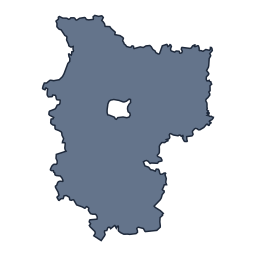 the Region of Minsk
{"feature_id": "BLR-2345", "entity_name": "Minsk", "entity_type": "Region", "adm_level": 1, "iso_a3": "BLR", "parent_name": "Belarus", "parent_adm1": "", "projection": "albers", "projection_center": [27.803, 53.681], "detail": "fine", "context": "isolated", "style": "filled", "palette": "slate", "viewbox_px": 256, "rotation_deg": 0, "n_neighbors": 0, "source": "natural_earth", "source_scale": "10m", "svg_char_len": 5727}
<svg xmlns="http://www.w3.org/2000/svg" viewBox="0 0 256 256"><path d="M94.8,15.4L98.7,16.4L101.4,15.8L102.2,16.1L103.3,17.5L101.8,20.5L103.2,21.8L104.5,23.7L105.1,26.4L109.8,26.6L111.1,28.5L115.1,32.0L115.2,32.6L114.8,34.3L114.9,34.6L120.0,35.6L122.6,37.3L123.4,38.2L122.7,40.8L122.7,41.1L123.7,42.4L124.1,43.8L125.7,45.2L126.6,46.5L129.4,47.3L130.8,47.3L131.8,46.0L132.7,45.9L133.5,46.3L133.8,48.2L134.1,48.6L140.2,46.9L143.3,47.5L146.0,45.9L149.8,45.5L151.2,46.7L152.8,49.4L155.1,51.0L155.8,52.6L158.1,53.9L159.0,54.0L159.6,53.5L162.3,45.8L166.5,44.4L167.0,44.5L167.9,46.6L168.7,46.2L170.0,44.6L170.7,45.0L171.4,46.5L170.6,48.6L170.6,49.3L170.8,50.4L171.4,51.0L174.7,52.1L176.2,51.0L178.7,51.2L179.3,51.4L179.6,52.9L180.2,53.3L181.7,52.8L182.3,51.5L182.3,51.0L181.3,49.4L181.6,47.8L182.0,47.4L190.0,48.4L191.3,47.9L192.6,45.9L194.6,44.9L195.0,45.0L194.4,45.8L194.4,46.4L194.7,46.6L195.3,46.6L197.7,45.7L198.4,45.9L199.1,47.9L199.2,50.3L199.5,50.6L201.1,50.6L203.0,51.3L205.8,49.5L209.4,50.3L210.2,49.5L210.4,47.4L211.3,47.5L211.9,48.3L212.3,50.6L209.7,53.6L210.6,55.2L210.7,55.8L209.2,58.5L208.7,65.7L208.4,67.2L206.6,70.5L208.7,73.3L208.8,73.9L208.4,74.8L206.4,76.8L206.2,79.3L206.9,80.8L207.6,80.9L209.2,80.3L209.4,81.3L210.9,81.9L211.2,83.5L211.7,84.1L210.0,85.7L210.1,90.8L209.0,91.6L208.8,92.1L209.7,93.7L209.8,95.0L207.9,97.6L206.4,98.9L205.8,100.1L205.8,101.0L206.8,102.8L207.0,104.0L207.0,107.4L207.3,108.2L206.8,109.4L206.9,109.9L208.4,111.0L207.0,113.0L207.5,113.4L208.9,112.7L209.2,113.0L209.0,114.0L207.2,115.3L208.9,115.7L209.7,116.4L211.4,116.3L212.3,117.0L213.4,117.3L213.1,118.2L211.9,119.7L209.7,120.8L209.3,121.3L209.6,121.9L211.0,122.5L210.9,123.1L209.7,123.9L209.2,125.2L208.8,125.4L208.3,125.3L207.4,124.2L206.5,124.3L203.8,127.5L199.9,129.8L198.4,129.8L197.3,128.8L195.5,128.4L194.5,128.9L192.5,131.2L192.4,132.1L193.1,134.2L192.4,135.5L191.8,135.9L186.7,136.6L186.8,139.4L187.3,141.1L186.9,141.5L184.8,141.5L184.1,141.0L182.6,138.1L183.1,136.2L182.8,135.5L181.4,136.4L180.1,135.1L179.2,135.1L178.0,135.8L173.4,135.0L170.7,133.6L170.0,133.7L169.3,134.8L169.8,137.3L169.5,138.2L168.8,138.9L166.6,139.5L167.9,140.2L168.0,140.7L165.8,141.7L164.7,142.6L161.9,142.5L160.4,144.2L159.3,146.2L159.4,149.4L159.3,152.6L158.9,153.5L157.5,154.9L157.3,155.8L157.9,156.6L160.9,157.9L162.0,160.1L161.8,161.0L158.5,161.8L157.7,163.1L157.2,163.3L151.3,163.0L150.1,163.5L148.2,161.3L146.6,160.5L145.1,160.8L143.4,161.8L144.9,165.9L148.6,167.2L150.6,169.7L152.8,170.1L155.2,171.2L156.3,169.1L158.4,169.3L159.2,170.7L159.7,173.1L160.5,174.3L162.4,174.1L164.0,173.1L165.3,173.0L165.7,173.4L165.0,174.7L166.3,178.5L165.7,182.3L166.6,184.7L164.3,184.8L163.3,187.5L162.3,189.3L162.5,189.8L164.2,191.0L164.1,192.3L162.2,194.6L161.3,197.9L160.1,199.9L154.1,206.1L155.2,207.4L160.3,210.6L163.3,213.4L162.3,214.5L162.6,215.2L162.4,215.5L160.1,217.5L159.8,221.8L160.3,226.0L160.2,227.2L156.8,230.4L145.4,231.6L145.0,231.4L143.4,228.5L138.4,227.2L137.6,227.6L136.8,228.4L136.7,228.9L137.4,230.4L137.5,232.3L136.0,233.6L129.6,234.4L127.9,234.1L123.8,234.2L120.5,232.6L118.6,231.0L118.3,230.2L118.4,226.6L118.2,226.1L117.2,226.3L116.3,228.2L114.9,225.5L114.6,225.5L110.6,228.7L109.8,227.3L108.4,227.3L107.7,227.9L106.8,230.5L104.7,230.8L104.5,231.1L104.5,232.5L105.1,234.5L104.5,235.9L101.2,240.6L93.8,235.8L95.2,233.5L95.2,232.7L94.8,231.4L90.3,227.0L89.3,225.4L90.3,224.4L90.6,223.7L89.2,221.9L89.6,220.2L90.0,219.8L96.9,219.2L97.2,218.0L97.2,216.7L96.0,214.6L95.4,214.2L92.7,214.2L90.5,213.6L88.5,210.5L88.4,209.7L88.8,208.8L88.7,208.0L86.9,206.6L86.4,206.6L85.4,208.0L84.6,208.2L82.3,206.9L76.6,204.9L73.7,199.9L73.1,199.7L71.4,200.3L70.0,200.0L69.6,199.5L69.5,198.0L69.1,197.1L66.3,195.5L64.1,195.8L63.2,198.6L61.1,198.7L59.1,200.4L58.6,200.2L57.0,197.5L57.2,196.8L58.7,195.6L58.9,195.0L58.1,192.0L56.0,188.3L55.5,187.3L55.4,186.2L56.7,185.2L57.6,182.8L58.4,181.7L59.9,181.2L62.7,181.4L62.9,181.2L62.9,180.2L62.0,178.1L60.3,176.0L56.2,175.5L55.2,175.0L54.9,174.4L54.7,172.9L53.7,172.1L53.4,170.7L51.4,170.6L50.5,170.0L50.4,169.3L51.8,166.2L53.0,164.9L53.9,164.3L56.3,164.3L57.1,163.5L57.2,160.9L56.0,158.3L56.3,154.4L66.1,151.2L65.2,149.8L64.8,148.0L65.2,144.1L65.1,143.1L64.6,142.7L62.4,142.7L62.6,141.3L63.3,139.8L63.6,138.5L62.0,135.2L61.7,132.7L61.1,131.8L59.0,130.6L55.5,129.3L55.0,128.4L54.9,125.4L52.7,124.9L51.1,123.6L50.7,122.8L51.0,119.4L51.2,119.0L52.9,118.9L53.7,117.4L49.9,115.4L49.0,114.6L48.9,114.1L49.1,111.9L49.6,111.1L55.0,109.0L55.9,107.9L57.2,105.1L59.4,104.4L60.0,103.1L60.2,100.4L59.9,100.0L57.0,99.8L56.3,98.8L55.8,96.1L55.3,95.3L52.8,95.0L52.5,95.3L52.4,96.4L51.9,96.7L48.4,96.9L47.4,95.5L47.1,94.3L47.4,90.7L47.7,89.0L46.0,87.9L45.6,88.2L45.1,89.7L44.6,89.7L42.9,88.9L42.6,88.6L42.6,88.0L43.1,85.9L44.3,83.0L46.6,83.0L49.8,80.4L50.7,80.2L53.7,80.7L59.3,79.7L62.5,76.6L64.1,73.6L67.9,63.4L69.7,61.4L69.9,58.4L69.0,56.6L68.6,54.1L69.0,53.9L71.2,55.2L71.6,54.5L71.8,51.8L73.2,51.6L73.5,50.8L73.0,48.9L73.2,46.5L71.0,47.1L69.2,46.2L68.8,45.6L68.6,44.4L66.7,40.2L66.6,39.5L66.9,37.8L66.7,36.5L64.8,35.4L61.2,29.9L59.1,29.2L57.3,27.3L56.9,26.6L57.0,23.5L56.0,21.1L58.3,19.2L58.5,18.8L58.3,17.8L58.5,17.0L59.4,16.5L62.7,18.1L66.8,18.2L68.6,19.3L69.8,19.0L70.8,17.8L73.9,17.8L74.7,18.2L75.8,19.8L76.3,20.1L77.5,19.7L79.5,18.3L84.5,17.5L85.3,17.8L86.4,19.5L88.7,19.9L93.2,19.4L93.4,18.9L93.1,16.8L94.8,15.4ZM126.7,117.7L128.9,117.2L130.3,115.1L129.8,113.0L128.1,111.7L127.5,108.9L127.7,106.8L129.1,104.2L130.6,102.5L130.5,99.5L129.1,99.1L126.4,101.2L124.4,101.9L123.1,101.9L119.0,100.4L113.8,99.5L110.7,100.1L109.1,101.2L107.9,103.9L107.1,109.9L107.1,112.5L107.7,114.8L109.7,115.3L114.4,117.2L115.3,118.9L116.4,119.3L117.8,117.6L123.1,117.0L126.7,117.7Z" fill="#64748b" stroke="#1e293b" stroke-width="1.5"/></svg>